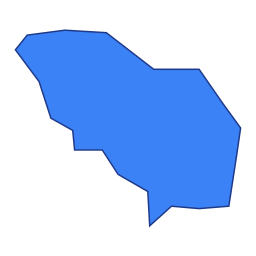 the border of Victoria
{"feature_id": "MLT-5982", "entity_name": "Victoria", "entity_type": "state/province", "adm_level": 1, "iso_a3": "MLT", "parent_name": "Malta", "parent_adm1": "", "projection": "orthographic", "projection_center": [14.242, 36.04], "detail": "fine", "context": "isolated", "style": "filled", "palette": "blue", "viewbox_px": 256, "rotation_deg": 0, "n_neighbors": 0, "source": "natural_earth", "source_scale": "10m", "svg_char_len": 369}
<svg xmlns="http://www.w3.org/2000/svg" viewBox="0 0 256 256"><path d="M74.6,150.0L72.7,130.4L50.9,118.2L39.1,81.6L15.4,49.8L27.2,35.1L64.8,30.2L106.3,32.7L153.7,69.3L199.1,69.3L222.9,103.6L240.6,128.0L236.7,154.9L228.8,206.2L199.1,208.6L171.5,206.2L149.7,225.8L147.8,191.5L118.1,174.4L102.3,150.0L74.6,150.0Z" fill="#3b82f6" stroke="#1e3a8a" stroke-width="1.5"/></svg>